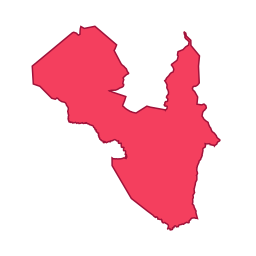 the district of Santa María Peñoles, Oaxaca, Mexico, rotated 265°
{"feature_id": "50627088B61108461233373", "entity_name": "Santa María Peñoles", "entity_type": "district", "adm_level": 2, "iso_a3": "MEX", "parent_name": "Mexico", "parent_adm1": "Oaxaca", "projection": "mercator", "projection_center": [-97.041, 17.056], "detail": "fine", "context": "isolated", "style": "filled", "palette": "rose", "viewbox_px": 256, "rotation_deg": 265, "n_neighbors": 0, "source": "geoboundaries", "source_scale": "gbopen_adm2", "svg_char_len": 5887}
<svg xmlns="http://www.w3.org/2000/svg" viewBox="0 0 256 256"><g transform="rotate(265 128 128)"><path d="M227.7,80.9L198.0,38.0L180.1,37.5L177.2,43.9L164.3,54.6L163.0,58.1L164.0,59.7L163.6,60.7L161.9,61.9L160.1,64.2L159.3,66.7L158.9,67.4L158.5,67.9L157.6,68.4L156.2,68.7L155.6,69.1L154.5,69.6L154.2,69.9L153.2,70.3L151.6,70.1L150.1,69.5L149.5,69.4L148.7,69.6L147.1,69.7L146.2,70.0L145.4,69.9L144.8,69.6L143.8,69.4L143.3,69.4L143.0,69.6L142.6,69.2L142.2,69.4L141.5,69.2L140.8,69.6L140.5,69.5L140.1,69.8L139.6,69.7L139.1,70.0L139.2,70.6L138.7,71.0L138.6,71.4L138.9,71.7L138.5,72.1L138.4,73.2L138.3,73.4L137.8,73.5L137.9,74.1L137.9,75.1L138.2,76.2L137.5,76.9L137.1,77.4L137.5,78.3L137.5,78.9L136.7,79.6L136.9,80.4L136.8,81.3L137.3,82.9L137.2,83.1L136.8,83.2L136.4,83.9L136.5,85.0L136.8,85.7L136.4,85.9L136.4,86.6L136.9,86.9L136.9,87.1L136.2,87.6L135.7,88.3L135.6,89.1L134.8,89.8L134.1,91.5L133.8,91.9L133.8,92.4L133.3,93.2L132.6,93.6L131.7,93.9L130.9,94.8L130.0,94.9L129.6,95.3L129.2,95.2L128.7,96.2L127.9,95.9L126.9,96.3L126.5,97.0L125.9,97.3L125.4,98.1L125.1,97.8L123.6,98.2L122.9,97.9L122.5,98.3L121.6,98.2L120.8,98.8L120.0,98.8L119.4,99.0L118.6,100.1L117.9,100.2L116.7,102.5L116.0,102.1L115.6,102.3L115.5,102.9L115.7,103.7L116.3,104.0L115.3,105.1L116.2,107.7L115.8,109.1L116.0,109.4L116.6,109.4L116.8,111.7L117.3,112.4L117.6,113.9L117.3,114.5L116.0,116.0L115.8,116.7L116.0,117.2L115.8,117.5L114.1,117.1L113.7,117.3L113.4,118.5L113.5,119.2L113.3,119.9L112.4,119.7L111.9,119.9L111.1,119.7L109.6,119.8L109.2,120.5L109.3,120.9L109.2,121.6L108.9,122.2L108.6,122.2L108.1,121.8L106.2,121.6L105.7,121.9L105.7,123.0L105.4,123.4L104.7,123.6L103.8,123.4L103.1,123.4L102.1,122.9L101.8,123.2L101.8,123.8L101.6,124.0L100.9,124.2L100.5,124.1L100.2,123.2L99.6,123.1L99.3,123.3L99.6,124.2L99.2,124.3L98.7,123.8L97.8,123.4L98.2,122.4L98.5,122.2L98.6,121.1L98.1,119.6L97.9,117.1L98.1,116.6L98.0,115.3L98.4,113.4L98.3,112.6L98.6,111.6L98.6,110.7L99.6,109.5L91.9,108.9L57.5,125.2L43.7,140.0L38.9,145.4L38.1,145.9L36.8,147.3L36.5,147.8L36.6,148.1L37.0,148.2L36.9,148.9L36.7,149.3L36.3,149.6L34.6,149.9L34.6,150.5L33.9,152.3L34.1,153.2L33.6,153.6L32.9,153.6L32.4,153.9L31.9,154.0L31.6,153.7L31.3,154.0L30.5,154.6L30.4,154.8L30.7,156.2L30.6,156.5L30.0,157.0L29.2,158.3L28.4,159.2L27.7,159.6L26.9,159.7L25.8,159.5L24.2,158.7L24.0,158.8L24.4,159.6L24.2,160.5L24.0,161.0L23.6,160.9L22.8,161.2L22.9,162.7L23.1,163.4L24.5,163.6L24.8,164.2L24.6,164.7L24.8,165.1L25.7,165.2L26.3,166.0L26.4,166.7L26.0,167.2L25.3,167.6L25.4,169.6L26.0,169.6L26.7,170.2L27.0,170.8L27.3,173.1L27.5,173.5L27.6,174.1L27.3,174.7L27.3,175.0L28.0,176.0L28.9,178.0L28.6,179.0L28.3,179.9L28.4,180.4L28.8,180.7L30.0,180.8L30.7,181.4L31.2,182.4L32.2,182.9L32.6,183.7L32.8,186.4L32.6,186.8L32.4,186.9L32.1,187.9L32.2,188.3L31.8,189.3L37.8,188.2L39.0,188.5L40.0,188.4L40.7,187.8L42.0,187.6L42.8,187.1L44.9,186.8L45.5,186.5L46.7,185.5L48.5,186.1L51.7,186.2L52.7,186.9L53.5,187.0L55.3,186.8L56.7,187.9L57.4,188.3L57.8,188.7L59.0,188.5L61.6,188.5L62.5,189.0L63.5,189.2L65.5,190.0L67.9,190.5L69.3,191.4L69.8,191.8L70.7,192.1L74.4,192.4L74.7,192.1L76.6,193.3L78.0,193.2L79.2,192.8L80.8,192.9L81.4,193.1L82.4,193.0L83.2,193.6L84.1,193.7L87.7,195.7L88.7,195.8L90.5,197.7L91.5,198.0L93.0,199.0L93.4,199.0L94.2,199.5L95.0,199.4L95.9,199.9L96.5,199.9L97.5,200.3L99.1,200.7L100.5,200.7L101.3,201.2L102.4,203.3L103.5,203.5L103.8,203.7L105.7,203.5L105.5,204.2L105.3,204.6L105.3,207.8L104.7,208.3L104.3,208.4L104.4,208.8L104.2,209.2L104.0,209.3L103.8,210.1L103.6,210.4L103.5,211.4L103.0,212.4L102.5,212.5L103.5,213.5L103.8,214.3L104.5,215.2L105.2,215.4L106.2,216.1L107.0,217.8L107.4,218.3L107.9,218.5L108.4,218.3L109.7,216.8L110.8,215.8L112.8,215.2L115.4,213.5L117.1,211.5L118.9,210.8L120.7,210.4L121.8,209.6L123.7,208.9L125.1,208.5L126.6,208.3L128.2,206.3L130.3,204.3L131.6,203.8L133.2,202.9L133.4,202.8L136.5,203.6L137.7,204.2L138.7,205.1L139.3,206.1L139.7,206.3L140.9,207.6L141.4,207.8L143.2,207.5L143.7,207.4L144.1,206.8L145.1,206.0L145.2,205.2L144.6,203.7L144.7,203.0L145.7,198.8L146.9,199.0L152.8,200.1L158.6,197.5L160.2,196.0L161.3,195.7L162.0,195.6L162.2,195.9L163.5,196.5L163.8,197.4L163.8,197.9L163.6,198.3L163.9,199.4L164.5,200.6L164.9,201.2L166.7,202.9L183.4,203.6L193.6,205.5L204.7,197.9L209.9,198.2L214.6,194.1L217.4,193.8L218.7,192.5L218.5,192.2L217.9,192.2L216.3,192.4L215.2,192.8L213.2,192.6L211.7,193.5L210.3,195.0L208.5,196.4L205.3,195.5L203.8,192.5L201.3,189.7L199.7,184.5L197.6,183.9L196.3,183.6L195.3,184.3L193.7,183.8L191.6,183.0L190.9,182.3L187.7,177.1L187.0,176.7L184.9,178.0L183.1,178.6L182.4,178.7L181.7,178.5L180.1,177.9L179.7,177.4L179.5,176.4L178.8,175.2L177.8,174.2L176.7,173.4L174.4,170.8L173.5,170.2L173.0,170.2L171.9,168.7L170.1,169.7L167.6,170.7L164.9,170.2L164.4,170.3L163.9,170.4L162.3,171.1L160.2,171.5L158.9,171.2L158.4,171.3L157.9,171.1L157.6,170.5L157.3,170.4L156.3,169.3L155.6,169.1L154.9,169.0L153.9,170.0L153.2,170.2L151.3,169.7L151.0,169.2L151.0,167.7L149.9,166.9L148.3,166.7L148.1,166.5L147.9,166.1L147.0,166.4L146.7,166.8L146.5,167.3L146.5,168.2L146.4,168.6L145.8,168.9L144.5,168.7L143.8,168.4L143.3,167.9L142.9,167.2L142.3,166.7L142.9,166.4L146.8,152.1L148.1,148.7L142.2,137.3L143.3,133.7L143.9,132.8L144.1,132.0L146.7,128.3L148.4,126.5L149.7,125.5L150.1,124.8L150.7,124.7L151.3,124.8L155.6,127.0L159.5,128.6L164.9,116.1L166.1,114.0L166.3,112.9L166.7,112.5L167.0,114.7L166.8,118.9L167.5,121.2L168.5,123.1L169.2,125.7L169.5,126.2L170.1,127.0L171.0,127.4L171.9,127.5L172.4,126.8L172.8,126.7L175.2,127.4L176.5,128.0L178.3,127.5L179.1,128.3L181.3,131.2L182.0,133.0L182.2,133.3L182.8,133.3L184.3,132.3L187.0,131.5L188.9,129.9L189.9,129.2L190.2,128.8L191.2,127.7L192.6,126.7L206.4,120.9L208.0,122.0L211.8,123.9L232.2,103.9L231.0,93.1L233.2,89.9L230.9,89.1L228.6,88.7L226.2,88.4L225.8,88.5L224.8,86.9L225.6,85.8L226.8,85.1L227.8,83.0L228.1,82.3L227.7,80.9Z" fill="#f43f5e" stroke="#9f1239" stroke-width="1.5"/></g></svg>